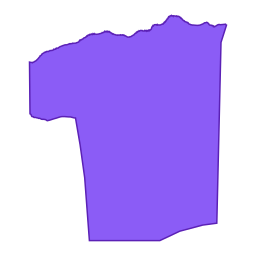 Gagaifomauga III, Gaga'ifomauga, Samoa
{"feature_id": "51752279B86884772728329", "entity_name": "Gagaifomauga III", "entity_type": "district", "adm_level": 2, "iso_a3": "WSM", "parent_name": "Samoa", "parent_adm1": "Gaga'ifomauga", "projection": "albers", "projection_center": [-172.519, -13.545], "detail": "fine", "context": "isolated", "style": "filled", "palette": "violet", "viewbox_px": 256, "rotation_deg": 0, "n_neighbors": 0, "source": "geoboundaries", "source_scale": "gbopen_adm2", "svg_char_len": 5067}
<svg xmlns="http://www.w3.org/2000/svg" viewBox="0 0 256 256"><path d="M226.5,25.1L225.6,24.6L225.5,24.2L223.6,24.4L221.6,24.6L220.3,24.7L219.2,24.5L218.3,24.6L217.8,24.8L216.4,25.6L215.7,26.1L214.5,26.8L214.2,26.8L214.1,26.4L213.3,26.6L213.2,26.4L213.2,25.8L212.7,25.5L212.1,25.6L211.7,25.5L211.6,25.3L211.2,25.4L211.0,25.2L210.6,25.1L209.9,25.1L209.3,24.8L209.0,24.5L208.8,23.8L208.3,23.5L207.9,22.9L207.0,22.4L206.6,22.3L205.8,22.7L205.1,22.8L204.5,22.8L204.2,23.1L202.9,23.9L202.1,24.3L201.5,24.4L200.8,24.8L199.9,25.1L199.2,25.2L198.6,25.3L198.1,25.3L197.6,25.4L196.1,25.3L195.0,25.2L193.8,25.1L192.7,25.0L192.4,25.1L191.9,24.9L191.3,24.8L190.5,24.6L189.9,24.2L189.3,24.2L188.5,23.5L188.2,22.9L187.6,22.8L187.6,22.6L187.2,22.6L187.0,22.2L186.6,22.1L185.8,21.9L184.7,21.5L184.5,21.0L184.1,20.7L183.9,20.8L183.5,20.4L183.1,20.2L182.5,19.7L182.4,19.3L182.1,19.2L181.7,18.6L181.2,18.5L180.9,17.8L180.6,17.9L180.5,17.6L180.3,17.6L180.1,17.2L179.5,17.1L179.2,16.6L178.8,16.4L178.3,16.3L177.9,16.5L177.4,16.2L177.1,16.4L177.0,16.1L176.3,15.9L176.1,16.1L175.6,16.2L175.0,16.0L173.5,15.8L173.2,16.3L173.0,16.0L172.7,15.8L172.3,15.9L171.7,15.8L171.5,15.4L171.0,15.6L171.0,15.9L170.4,15.9L170.1,16.1L169.5,16.2L169.1,16.5L169.2,16.8L168.7,16.7L168.0,17.9L168.0,18.3L167.8,18.8L167.1,19.0L167.1,19.3L166.8,19.8L166.4,20.0L166.0,20.7L165.9,21.1L165.5,21.2L165.4,21.8L165.1,21.9L164.9,22.3L164.6,22.6L164.3,22.3L164.1,22.7L163.7,23.0L163.5,23.5L163.3,23.5L163.1,24.0L162.5,24.0L162.4,24.2L161.7,24.3L160.6,24.9L159.7,25.0L158.5,24.9L157.5,25.1L157.3,24.6L156.9,25.0L156.6,24.6L156.0,24.8L155.2,24.6L154.2,24.8L153.9,25.1L153.4,25.9L153.0,25.7L153.0,26.0L152.7,26.0L152.2,26.5L152.1,26.9L151.7,27.5L151.6,28.0L151.4,28.6L151.4,28.8L151.1,29.3L150.6,29.8L149.8,29.9L149.8,30.3L149.5,30.3L149.4,30.6L149.1,30.4L148.9,30.6L148.5,30.3L148.4,30.6L148.1,30.9L147.4,30.6L147.4,30.9L147.0,30.7L146.7,31.0L146.6,30.7L146.1,30.5L145.8,30.6L145.4,30.9L145.1,30.6L144.9,30.9L144.4,30.9L144.3,30.7L144.0,31.0L143.3,31.0L142.6,30.9L142.4,30.6L142.0,30.7L141.6,30.5L141.2,30.5L140.3,30.5L139.5,31.1L139.0,30.8L138.8,31.2L138.7,31.2L138.4,31.5L138.1,31.4L137.6,31.5L137.3,31.9L137.2,32.2L136.8,32.0L136.5,32.1L136.2,32.6L136.1,33.1L135.8,33.3L135.3,33.3L134.1,34.5L134.0,34.8L132.9,35.3L132.4,35.7L131.7,36.0L131.4,36.4L131.0,36.6L129.9,36.7L129.7,37.0L129.0,37.1L127.7,37.1L127.2,36.9L126.3,36.3L125.4,35.9L125.2,35.7L124.6,35.5L124.4,35.6L124.1,35.3L123.8,35.3L123.8,35.0L123.0,34.9L122.9,35.1L122.4,35.1L122.3,34.9L121.8,35.1L120.7,34.8L120.6,35.1L120.3,35.0L119.9,35.2L119.6,35.0L118.9,35.0L118.3,35.2L117.9,35.0L117.6,35.3L117.3,35.3L116.8,35.0L116.3,35.1L115.6,34.9L114.9,34.5L114.1,34.5L113.8,34.4L113.3,33.9L112.9,34.1L112.6,33.7L112.3,33.9L112.0,33.7L111.8,33.4L111.2,32.9L110.9,32.9L110.7,32.6L110.3,32.6L109.8,31.9L109.4,32.0L109.3,31.5L109.1,31.4L108.7,31.9L108.0,31.6L107.6,31.2L107.4,31.2L107.1,31.8L106.7,31.4L106.4,31.7L106.2,31.5L105.8,31.7L105.7,31.5L105.2,31.7L104.8,31.3L104.6,31.7L104.2,31.8L103.8,32.4L103.4,32.4L103.0,32.7L102.4,32.6L102.4,32.8L102.0,32.8L101.7,33.1L100.7,33.5L100.0,33.6L98.7,34.0L97.5,34.2L96.3,34.3L95.9,34.2L94.9,34.2L94.7,33.8L94.4,34.2L93.8,33.9L93.8,34.3L93.0,34.3L92.5,34.5L92.2,33.9L91.9,34.3L91.6,34.4L91.3,34.1L91.0,34.2L90.8,34.5L90.4,34.4L90.0,34.8L89.7,34.9L89.4,34.6L89.1,35.1L88.8,34.9L87.8,35.3L87.6,35.8L87.3,35.6L86.9,35.8L86.8,36.2L86.5,36.4L86.5,36.7L85.7,37.0L85.5,37.4L85.2,37.6L84.3,37.7L83.7,38.1L83.4,38.6L83.1,38.6L82.7,39.1L81.9,39.3L81.6,39.8L80.4,39.9L80.2,40.4L79.9,40.2L79.7,40.7L79.4,40.8L79.0,41.4L78.9,41.8L78.4,42.1L77.3,42.5L76.6,42.7L75.9,43.1L74.9,43.2L73.7,43.2L72.9,43.4L72.6,43.2L72.2,43.5L70.3,43.8L70.0,43.6L69.1,43.9L69.0,44.1L68.6,44.1L67.8,44.5L67.0,44.7L66.4,44.8L66.2,44.9L65.6,44.8L64.5,45.0L63.7,45.3L63.4,45.5L62.7,45.6L62.4,45.8L61.5,46.1L60.7,46.5L60.1,46.6L58.8,47.5L58.5,47.6L58.3,48.0L57.3,48.2L56.7,48.1L56.6,48.3L56.2,48.3L56.1,48.8L55.8,49.0L55.4,48.9L55.3,49.2L54.6,49.3L54.3,49.5L53.9,49.5L53.6,49.3L53.2,50.0L52.3,50.4L51.9,50.3L51.5,50.5L50.5,50.6L50.1,50.5L49.6,50.9L48.8,51.2L48.6,51.5L47.7,51.4L47.4,51.5L46.5,51.5L46.2,51.9L45.7,51.9L45.4,52.3L45.0,52.2L44.8,52.4L44.3,52.4L44.1,52.7L43.6,53.1L43.1,53.3L42.3,53.8L41.7,54.3L41.7,54.7L41.1,55.3L40.4,55.9L40.1,55.9L40.0,56.3L39.6,56.9L39.0,57.5L38.5,58.2L37.6,59.2L35.8,60.9L34.9,61.4L34.4,61.5L34.2,61.8L33.7,62.1L32.8,62.5L32.4,62.7L32.2,62.4L31.6,62.5L30.8,62.4L30.5,62.3L29.5,62.1L30.0,113.8L30.3,113.9L30.7,114.2L31.1,114.8L31.6,116.1L32.1,116.6L33.4,116.8L33.9,117.4L34.3,117.5L34.8,117.4L35.8,117.5L36.7,117.8L37.5,117.9L38.8,118.4L39.7,118.3L40.0,118.4L41.4,119.2L42.2,119.3L42.6,119.3L43.6,119.3L45.5,119.6L46.3,120.1L47.0,120.6L47.4,120.7L50.2,120.0L51.7,119.5L54.2,118.7L55.7,118.3L57.3,117.8L59.8,117.0L60.6,116.8L61.9,116.6L64.8,116.6L68.7,116.9L70.2,116.9L70.7,117.0L72.6,117.5L74.2,117.9L75.5,118.0L80.1,144.8L84.7,177.8L89.4,240.6L99.3,240.6L112.1,240.6L127.8,240.6L146.9,240.6L151.5,240.6L159.8,240.6L179.7,231.2L202.5,225.1L216.8,223.2L221.0,42.4L226.5,25.1Z" fill="#8b5cf6" stroke="#5b21b6" stroke-width="1.5"/></svg>